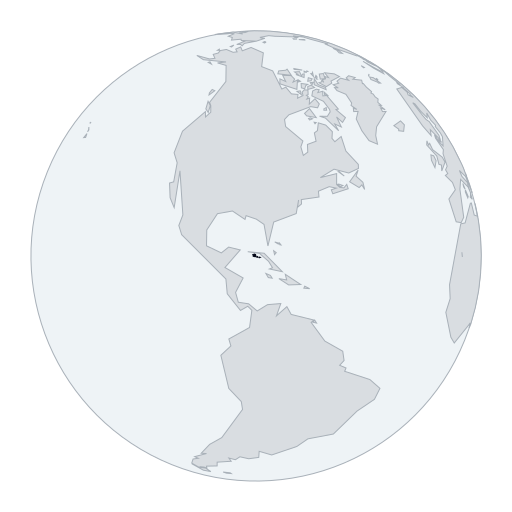 Isla de la Juventud on an orthographic globe, rotated 22°
{"feature_id": "CUB-1320", "entity_name": "Isla de la Juventud", "entity_type": "Special Municipality", "adm_level": 1, "iso_a3": "CUB", "parent_name": "Cuba", "parent_adm1": "", "projection": "orthographic", "projection_center": [-82.43, 21.696], "detail": "fine", "context": "on_globe", "style": "filled", "palette": "ink", "viewbox_px": 512, "rotation_deg": 22, "n_neighbors": 0, "source": "natural_earth", "source_scale": "10m", "svg_char_len": 9832}
<svg xmlns="http://www.w3.org/2000/svg" viewBox="0 0 512 512"><g transform="rotate(22 256 256)"><circle cx="256" cy="256" r="225" fill="#eef3f6" stroke="#a8b0b8"/><path d="M272.5,307.9L267.2,305.7L262.0,312.3L243.5,301.8L236.7,288.6L179.1,264.1L173.0,256.6L172.8,245.3L153.6,205.5L162.0,241.8L154.5,234.1L148.5,220.7L151.9,218.1L148.0,199.1L141.4,191.0L141.1,167.8L155.0,141.1L157.1,146.0L160.2,139.6L157.7,133.4L155.4,130.9L162.7,105.5L156.9,90.5L148.0,91.4L155.5,87.3L133.7,93.7L126.0,92.2L139.1,90.7L143.9,88.1L140.8,85.1L145.0,81.9L145.9,78.9L151.2,75.6L158.5,75.7L162.0,73.8L159.7,71.8L163.5,67.9L166.4,70.9L173.3,64.5L186.7,64.9L190.3,78.3L202.1,78.1L217.4,91.5L220.4,88.3L228.1,92.4L234.4,90.5L235.4,94.1L239.5,89.6L237.4,86.7L238.5,83.9L242.0,82.7L243.9,86.9L242.5,88.1L244.9,88.8L244.3,91.5L246.6,89.5L248.5,95.2L251.8,88.1L257.7,91.3L257.6,95.5L250.8,97.0L233.6,112.8L231.3,118.7L235.0,124.9L256.4,131.8L256.7,138.0L262.2,145.0L265.1,140.3L261.9,133.3L268.7,127.1L264.0,120.0L266.0,116.7L263.9,109.2L271.6,108.5L280.2,112.1L282.4,118.5L286.3,120.5L290.2,113.3L300.0,125.0L316.5,132.7L318.2,136.4L310.9,144.3L295.8,146.3L286.3,159.2L299.9,149.4L304.0,159.6L307.9,161.0L312.0,159.9L313.3,155.6L316.3,159.1L303.9,169.5L301.0,166.4L305.0,163.0L297.9,164.3L289.6,172.5L292.3,177.7L276.9,186.7L278.7,190.7L276.3,195.3L274.5,188.1L277.4,201.6L259.7,217.9L263.3,242.2L251.6,223.7L242.5,221.7L231.7,222.3L232.1,226.2L217.3,223.1L204.4,231.2L200.6,250.3L206.3,265.1L222.7,266.1L227.3,258.0L239.1,256.3L231.5,278.3L252.3,281.2L250.7,297.4L256.9,305.5L267.1,303.1L277.7,306.5L284.9,296.8L296.8,290.8L297.4,303.8L303.6,291.4L310.5,297.0L333.7,293.7L332.0,296.9L351.7,309.1L372.1,311.8L376.8,319.9L374.5,326.0L381.4,326.1L381.4,329.7L407.9,327.9L420.5,332.3L419.5,344.5L407.8,361.9L394.4,392.1L372.6,406.1L365.2,417.3L345.1,434.6L332.1,435.9L334.0,441.7L325.2,446.7L316.3,448.2L313.2,452.6L306.5,453.5L309.9,455.6L297.2,461.7L298.6,465.2L288.8,469.4L289.9,471.0L286.9,471.2L283.3,472.2L282.3,473.2L274.0,472.1L273.7,467.8L278.2,465.2L274.3,465.0L284.1,457.7L279.1,459.4L283.6,448.0L292.3,437.2L301.0,403.3L296.9,396.5L280.4,389.0L260.6,361.2L266.4,348.8L261.9,343.1L276.8,324.7L272.5,307.9ZM51.9,210.8L53.4,205.8L53.6,209.9L51.9,210.8ZM53.7,202.1L53.3,204.0L53.4,202.3L53.7,202.1ZM53.3,200.6L53.6,201.7L53.1,200.9L53.3,200.6ZM52.6,199.1L53.1,199.7L53.0,199.8L52.6,199.1ZM262.5,250.4L286.3,260.7L273.3,263.0L275.7,260.7L269.6,256.2L258.3,252.3L246.7,255.1L262.5,250.4ZM52.3,195.3L52.3,194.2L52.8,194.3L52.3,195.3ZM272.2,236.6L268.1,235.9L272.1,235.6L272.2,236.6ZM153.6,130.5L157.3,133.7L157.9,140.8L154.4,138.4L153.6,130.5ZM153.0,118.0L155.9,118.2L152.1,124.3L151.7,122.3L153.0,118.0ZM140.6,93.2L142.8,94.8L139.2,94.4L140.6,93.2ZM145.1,79.0L143.2,79.7L144.5,77.9L145.1,79.0ZM259.8,110.2L261.8,109.7L261.2,111.3L259.8,110.2ZM257.0,107.6L254.8,109.8L253.2,108.9L254.5,107.6L257.0,107.6ZM153.8,71.4L156.5,68.7L155.0,71.4L153.8,71.4ZM260.0,105.1L250.5,107.1L247.6,105.6L250.4,99.3L260.0,105.1ZM158.9,67.1L165.3,60.9L161.6,61.7L175.8,56.7L165.6,63.2L164.4,66.3L162.4,65.6L158.9,67.1ZM235.2,86.3L237.6,89.4L232.3,88.0L235.2,86.3ZM231.5,86.2L213.7,87.4L211.8,82.8L218.2,83.1L213.1,78.5L221.0,75.6L225.5,77.5L225.2,80.9L228.5,77.3L231.5,86.2ZM182.7,55.2L185.3,54.0L184.0,55.4L182.7,55.2ZM238.5,82.7L235.1,83.1L233.2,79.1L239.7,77.5L238.3,79.3L238.5,82.7ZM208.0,78.9L207.7,75.9L214.0,72.6L214.8,71.1L221.0,75.2L208.0,78.9ZM240.5,79.6L243.1,76.9L247.2,77.9L241.7,82.1L240.5,79.6ZM230.0,78.8L229.4,76.9L231.8,77.4L230.0,78.8ZM263.2,80.5L259.1,80.6L257.8,78.5L263.2,80.5ZM243.8,75.9L242.4,75.6L241.4,74.9L244.0,73.4L243.8,75.9ZM225.0,72.8L227.7,72.2L222.8,70.9L227.3,68.8L230.7,72.0L231.1,69.8L232.5,69.1L233.7,72.5L225.0,72.8ZM243.6,69.8L249.4,73.8L257.3,73.7L258.7,75.5L245.8,75.4L243.6,69.8ZM237.7,71.1L241.7,70.7L241.4,72.9L238.5,74.6L237.7,71.1ZM229.2,66.3L221.4,68.7L220.9,68.0L229.2,66.3ZM246.0,69.3L244.5,68.4L246.6,69.0L246.0,69.3ZM234.4,66.6L231.7,67.5L231.3,66.6L234.4,66.6ZM243.9,66.1L245.7,67.2L243.8,68.3L243.9,66.1ZM239.6,65.9L239.6,64.5L242.0,68.0L238.5,66.4L239.6,65.9ZM234.4,65.7L233.3,65.4L235.6,65.4L234.4,65.7ZM250.1,61.6L253.5,65.7L249.3,67.9L246.5,63.6L250.1,61.6ZM287.4,474.3L274.4,472.7L282.0,473.4L288.6,471.5L294.9,472.8L287.4,474.3ZM306.4,468.6L313.3,466.7L314.5,467.0L310.0,468.4L306.4,468.6ZM421.6,103.3L420.8,102.4L419.5,101.0L421.6,103.3ZM397.5,80.7L398.3,81.4L411.8,93.3L413.3,94.7L415.7,97.1L422.0,104.2L427.0,109.4L431.2,114.5L424.3,107.7L420.5,103.8L412.5,100.5L417.2,105.1L425.0,108.9L425.2,110.0L431.6,117.4L426.8,112.6L417.0,108.3L420.1,117.8L434.1,142.3L433.7,148.2L428.8,149.3L413.5,130.9L416.0,119.9L410.6,114.2L401.4,110.4L402.9,107.7L399.5,105.1L399.6,101.1L391.1,91.1L389.9,87.2L378.3,79.5L376.1,76.7L383.6,81.8L388.2,83.8L384.2,75.6L380.9,72.9L373.7,68.8L373.5,67.5L367.1,64.6L360.7,59.4L363.0,63.7L354.6,60.1L346.3,55.4L343.9,55.2L357.5,63.1L362.5,65.7L366.2,66.5L380.3,75.5L383.5,79.3L370.3,73.6L373.3,78.8L361.8,73.0L332.1,53.7L324.0,48.4L328.0,45.1L334.7,47.4L336.6,49.6L342.5,50.1L338.3,48.8L338.2,48.0L330.1,45.2L329.6,44.6L322.7,43.3L321.2,42.3L325.6,43.1L312.3,39.1L306.9,37.1L304.1,36.6L302.7,36.6L296.8,34.6L295.1,34.4L296.3,34.8L293.6,34.8L286.5,34.3L284.8,33.6L287.2,33.7L289.6,33.3L296.1,34.3L295.1,34.1L311.0,37.5L326.6,42.1L341.8,47.7L356.6,54.4L370.8,62.2L384.5,71.0L397.5,80.7ZM294.2,34.0L288.7,33.1L285.7,33.4L281.9,33.4L282.3,32.8L281.9,33.0L279.5,32.8L275.5,32.1L274.6,32.7L250.3,33.9L240.3,33.5L243.4,32.4L224.7,34.7L214.8,35.5L216.0,35.8L207.9,38.0L210.8,37.6L210.8,38.0L191.2,45.2L185.3,46.9L178.1,51.6L178.7,52.0L182.7,50.8L175.8,56.7L161.6,61.7L160.9,60.6L152.4,65.0L152.2,62.3L148.0,62.6L152.7,57.9L149.0,59.1L146.1,60.8L138.9,64.2L134.8,66.1L137.8,64.2L150.9,57.0L160.5,55.2L157.7,54.9L162.2,52.9L163.5,51.7L161.2,52.1L158.6,53.3L170.1,47.8L184.9,42.2L200.1,37.8L215.5,34.4L231.1,32.1L246.9,30.9L262.7,30.8L278.5,31.8L294.2,34.0ZM480.7,239.4L480.5,237.2L480.6,242.9L479.6,237.8L479.1,240.2L472.4,262.4L467.1,258.3L453.1,237.1L452.0,222.8L446.2,210.1L433.8,149.5L437.5,147.0L435.0,126.8L435.8,126.2L443.0,136.3L446.7,136.1L439.7,125.6L439.4,125.2L449.0,139.9L457.5,155.2L464.7,171.2L470.7,187.8L475.4,204.7L478.7,221.9L480.7,239.4ZM445.5,175.4L447.6,179.4L447.6,179.5L445.5,175.4ZM334.4,293.4L337.3,295.5L333.6,296.1L334.4,293.4ZM271.7,268.5L276.6,268.6L279.3,270.5L275.5,271.4L271.7,268.5ZM312.5,265.7L318.0,266.2L312.4,267.9L312.5,265.7ZM290.0,262.0L308.1,265.7L297.1,270.6L285.7,268.4L293.4,266.7L290.0,262.0ZM270.4,244.5L273.5,245.3L272.7,247.8L270.4,244.5ZM275.1,236.4L273.9,236.7L272.2,234.8L275.1,236.4ZM304.8,159.0L305.8,158.3L310.2,158.1L308.4,160.1L304.8,159.0ZM327.5,147.6L331.8,153.6L327.5,150.4L326.0,153.9L315.0,152.1L318.5,138.1L318.9,144.5L327.5,147.6ZM301.4,146.6L307.9,148.8L300.7,147.0L301.4,146.6ZM380.3,96.7L383.2,96.5L387.3,100.2L388.8,107.0L382.8,101.5L380.3,96.7ZM386.2,95.6L372.7,89.1L371.3,85.2L374.4,88.4L374.8,86.5L379.9,91.2L391.7,94.6L396.1,98.2L396.4,107.6L393.9,102.2L391.3,102.5L386.2,95.6ZM340.8,84.9L335.0,83.5L339.4,76.6L344.4,78.8L346.2,85.1L341.4,86.4L340.8,84.9ZM266.9,94.4L264.3,95.4L263.8,94.1L265.5,92.1L266.9,94.4ZM261.4,80.7L277.3,88.9L275.3,90.3L287.1,94.2L286.2,99.7L278.6,96.9L286.8,104.4L279.5,104.1L285.7,108.9L268.7,102.1L262.5,102.6L269.8,99.8L270.8,94.6L269.3,92.5L260.6,87.3L247.8,86.6L246.7,81.8L249.4,78.7L252.3,78.2L252.1,81.3L256.1,78.3L258.0,82.5L261.4,80.7ZM281.1,53.4L279.6,55.8L288.1,53.4L290.1,56.3L290.9,55.9L295.1,58.1L301.6,60.3L301.5,61.8L304.1,62.0L306.8,63.8L310.4,64.7L311.4,67.9L315.8,69.4L313.8,70.1L321.0,72.0L316.1,72.1L319.2,74.7L322.4,73.3L319.4,91.0L321.9,99.5L326.8,106.8L317.6,106.7L307.2,100.2L297.6,91.4L296.5,83.7L292.5,85.5L290.8,82.4L294.6,82.3L287.7,80.8L287.4,78.3L278.8,72.4L269.1,72.3L265.7,70.4L269.3,69.3L263.4,68.3L267.9,64.9L265.6,63.6L267.8,59.4L276.1,58.4L272.9,57.1L274.3,54.2L281.1,53.4ZM250.9,60.4L260.4,57.8L266.2,58.4L260.0,65.7L261.5,67.3L257.8,72.6L249.5,71.8L251.3,70.3L251.2,68.7L253.8,69.6L251.6,67.7L254.1,65.7L253.0,63.8L256.4,63.4L250.9,60.4ZM432.5,121.1L432.4,120.0L431.3,117.4L435.3,122.4L432.5,121.1ZM426.1,118.2L425.4,116.3L430.5,121.4L430.6,122.8L426.1,118.2ZM420.6,111.3L425.0,115.8L422.7,114.2L420.6,111.3ZM382.5,80.2L381.2,78.4L382.7,79.1L385.5,81.2L382.5,80.2ZM306.7,49.0L304.9,49.8L303.5,49.3L296.4,49.3L294.4,47.5L297.9,46.7L306.7,49.0ZM432.6,116.1L432.8,116.4L431.7,115.0L431.6,114.9L432.6,116.1ZM303.3,47.0L300.6,47.2L301.3,46.2L303.3,47.0ZM292.6,46.2L292.6,44.9L293.3,47.3L292.6,46.2ZM282.3,35.4L294.4,37.0L301.8,37.8L303.8,37.4L306.1,39.1L294.8,37.8L282.3,35.4ZM254.5,33.9L252.7,34.9L250.0,34.6L250.0,34.3L254.5,33.9ZM255.9,34.5L260.2,35.8L257.0,36.5L254.2,35.2L255.9,34.5ZM282.2,40.1L285.9,40.6L285.3,41.2L282.2,40.1ZM183.9,53.8L185.2,54.0L182.7,54.7L183.9,53.8ZM212.6,37.8L212.1,38.4L209.2,38.9L212.6,37.8ZM209.1,40.6L212.8,39.5L209.6,40.9L209.1,40.6ZM220.9,37.4L214.6,39.3L219.6,37.2L220.9,37.4Z" fill="#d9dde1" stroke="#a8b0b8" stroke-width="1"/><path d="M255.5,256.2L255.5,256.3L255.6,256.5L255.4,256.6L254.8,256.9L254.5,257.0L254.3,257.0L254.2,257.0L253.9,257.0L253.9,256.9L253.7,256.9L253.5,256.7L253.4,256.6L253.3,256.4L253.2,256.3L253.3,256.3L253.5,256.4L253.5,256.5L253.8,256.6L254.0,256.4L254.0,256.5L254.1,256.4L253.7,255.7L253.6,255.4L253.8,255.3L253.8,255.2L254.0,255.1L253.9,255.1L254.0,255.0L254.4,255.1L254.7,255.1L254.9,255.2L255.0,255.2L255.1,255.3L255.0,255.5L255.3,255.7L255.4,255.8L255.3,256.0L255.5,256.2L255.5,256.2ZM259.9,255.9L259.8,256.0L259.7,256.1L259.4,256.3L259.2,256.4L259.3,256.3L259.4,256.2L259.5,256.2L259.8,255.9L259.9,255.9ZM257.6,256.2L257.7,256.3L257.4,256.4L257.3,256.5L257.2,256.5L257.3,256.4L257.5,256.3L257.6,256.2L257.6,256.2ZM258.1,256.1L257.9,256.3L257.8,256.2L257.9,256.3L258.0,256.2L258.1,256.1ZM255.2,255.0L255.4,255.0L255.2,255.1L255.2,255.0Z" fill="#0f172a" stroke="#020617" stroke-width="1.5"/></g></svg>